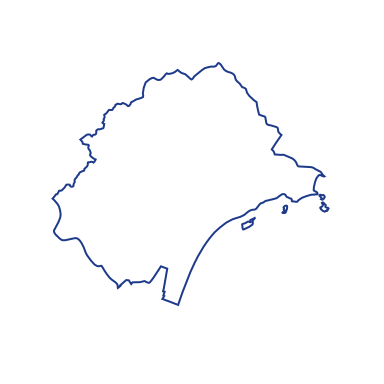 the district of Quang Trach, Quảng Bình, Vietnam, rotated 35°
{"feature_id": "81297802B61927033163821", "entity_name": "Quang Trach", "entity_type": "district", "adm_level": 2, "iso_a3": "VNM", "parent_name": "Vietnam", "parent_adm1": "Quảng Bình", "projection": "robinson", "projection_center": [106.399, 17.873], "detail": "fine", "context": "isolated", "style": "outline", "palette": "blue", "viewbox_px": 384, "rotation_deg": 35, "n_neighbors": 0, "source": "geoboundaries", "source_scale": "gbopen_adm2", "svg_char_len": 5937}
<svg xmlns="http://www.w3.org/2000/svg" viewBox="0 0 384 384"><g transform="rotate(35 192 192)"><path d="M245.4,292.5L241.8,279.9L236.7,259.0L234.6,247.6L234.4,245.4L233.8,241.8L232.9,230.4L232.8,226.0L232.9,221.1L233.2,216.3L233.7,211.8L235.3,204.9L237.6,197.5L239.8,193.1L241.2,190.6L246.0,184.4L247.9,180.9L249.3,175.9L250.2,173.9L251.0,172.7L251.8,171.8L253.3,170.6L253.7,170.0L254.2,168.8L254.5,163.0L254.7,162.0L256.2,160.1L257.5,156.9L259.4,155.0L260.6,153.4L261.4,152.7L264.8,148.6L266.5,143.5L267.0,142.4L267.9,141.4L268.8,140.9L269.5,140.7L270.1,140.7L271.4,141.4L272.6,141.7L274.2,141.2L275.3,141.2L276.9,140.6L277.6,140.7L278.1,141.0L279.0,142.2L279.3,142.2L279.8,142.1L280.8,141.3L282.6,140.5L283.5,139.9L283.8,139.5L283.9,137.7L285.2,134.2L286.5,132.0L289.3,128.2L291.3,125.8L293.2,124.3L293.9,124.0L294.3,123.2L294.8,122.8L295.6,122.5L296.0,122.0L296.0,121.7L295.8,121.3L294.9,120.7L293.9,120.5L292.3,120.9L290.8,120.9L289.0,118.0L287.2,113.6L286.2,110.0L286.1,109.5L286.1,106.6L286.5,105.1L287.6,104.4L289.2,104.2L290.9,103.8L291.3,103.6L291.5,103.2L289.8,103.1L286.2,101.8L284.9,101.8L280.0,102.5L277.1,102.6L274.8,103.6L265.0,109.7L263.9,110.0L263.1,109.7L261.4,108.7L259.9,107.8L257.4,107.1L254.9,107.0L245.8,108.9L243.1,110.9L238.2,113.8L236.8,112.6L235.3,111.8L232.9,111.3L232.6,103.1L232.6,94.0L231.1,93.9L228.2,93.2L226.4,91.2L225.2,90.3L223.8,90.4L218.7,92.1L215.9,93.3L214.1,93.4L212.6,92.2L209.2,88.7L208.1,88.5L206.5,89.1L202.6,90.1L199.2,87.2L195.6,83.8L193.3,81.3L190.2,81.3L183.8,80.4L180.1,79.1L177.1,76.7L175.6,76.6L172.9,77.3L168.7,75.8L166.2,75.6L163.7,75.0L162.3,74.0L160.6,72.5L159.3,71.9L157.4,71.7L155.4,72.0L152.5,73.0L150.2,73.4L147.7,73.2L142.8,71.2L140.6,70.9L139.7,71.2L139.4,72.1L139.4,74.0L139.2,75.3L138.0,76.8L135.7,78.3L133.6,80.6L131.5,83.1L130.2,86.6L127.5,96.1L127.6,98.7L127.1,100.1L125.6,100.2L122.0,99.7L119.0,99.4L115.0,100.5L112.8,100.5L110.3,100.2L110.1,100.5L109.1,103.6L107.9,105.8L106.3,107.6L104.7,109.0L103.7,109.1L103.2,109.4L102.9,110.7L102.8,113.2L102.4,115.7L102.0,117.6L101.7,118.2L101.1,118.8L99.7,119.8L98.0,120.2L95.3,120.4L93.9,121.5L92.6,124.0L91.2,128.8L92.7,134.3L95.3,139.6L96.8,141.1L97.4,142.4L96.0,144.7L94.7,146.4L93.2,148.2L91.6,151.8L90.7,153.2L91.2,155.6L91.1,157.3L90.8,157.9L90.3,158.3L87.9,158.1L85.5,158.4L84.3,158.8L83.8,159.5L83.8,160.4L83.1,161.1L80.2,162.5L79.8,163.9L79.3,164.4L79.8,165.9L79.8,166.6L79.4,168.1L79.6,168.8L79.6,170.2L79.5,170.7L77.0,172.3L76.9,172.6L76.7,176.9L76.1,178.1L75.8,179.2L77.0,180.1L77.6,181.1L77.8,182.2L77.8,182.7L77.9,183.1L78.5,183.5L78.7,183.9L78.9,184.5L78.9,185.3L78.8,186.3L78.8,186.5L79.3,186.8L80.0,186.8L81.1,186.6L82.4,189.5L82.7,190.4L82.6,190.8L80.7,193.3L80.0,193.9L79.3,194.3L78.8,194.9L78.4,196.4L78.5,196.9L79.3,197.9L79.8,198.9L80.0,199.6L79.9,200.2L79.6,200.7L78.6,201.6L78.3,202.1L78.3,203.9L77.9,204.0L75.7,203.5L75.0,203.7L73.8,204.6L73.0,205.4L70.5,213.1L73.4,213.8L73.8,214.0L74.8,215.1L75.2,215.1L76.0,214.7L77.8,214.0L80.0,212.8L80.5,212.9L80.8,213.1L81.3,214.7L81.8,215.4L82.7,216.1L84.5,216.5L86.7,218.2L86.9,218.7L87.0,219.7L87.4,220.3L88.1,220.7L89.4,220.9L91.3,221.0L93.3,220.9L94.4,220.6L94.6,221.5L94.7,222.6L94.4,224.4L93.8,224.4L92.9,224.6L92.1,225.0L91.0,226.4L90.0,227.1L89.8,227.4L89.8,227.7L91.0,229.5L91.3,230.6L91.2,232.2L90.6,234.6L90.6,234.9L91.2,235.8L91.3,236.1L91.3,236.5L90.4,237.6L89.0,240.1L88.8,240.7L88.8,241.2L89.1,242.2L89.1,243.0L88.8,244.0L89.1,246.1L88.8,247.8L88.9,249.3L89.4,250.3L90.2,251.0L90.3,252.4L90.6,253.7L91.4,254.9L91.4,255.4L90.8,256.4L89.9,257.0L89.0,257.0L87.6,256.2L85.4,257.5L85.0,258.2L84.9,259.2L85.1,261.1L85.0,261.8L84.4,265.2L84.1,265.7L83.7,266.3L83.0,266.6L82.4,267.3L82.9,270.5L82.8,271.2L82.2,271.6L81.9,272.2L81.9,274.3L81.6,277.4L84.3,277.8L88.5,278.9L91.4,280.2L94.9,283.1L97.3,285.8L98.7,288.5L99.9,293.4L101.0,302.6L101.3,303.2L102.4,304.2L104.7,305.1L107.3,305.5L110.1,306.0L112.9,306.0L114.5,305.2L116.0,304.0L122.3,297.2L123.5,296.3L124.6,295.9L126.1,295.8L128.1,296.2L131.1,297.3L135.0,299.4L139.6,302.6L142.6,304.1L148.8,306.2L153.8,307.3L156.5,307.1L157.6,306.7L158.6,306.0L159.8,304.6L160.3,304.5L160.7,304.5L164.9,306.4L168.9,308.0L173.4,309.4L176.2,309.8L181.2,309.9L183.4,310.3L184.1,310.7L186.3,313.1L186.7,312.1L187.2,309.8L186.7,309.7L188.6,301.9L190.9,300.6L195.0,302.3L195.1,300.1L201.1,295.7L204.2,292.2L207.3,291.7L208.5,291.3L209.0,290.9L209.3,290.1L209.5,287.9L209.6,283.9L209.2,270.7L215.7,269.0L224.2,287.1L225.3,290.0L226.8,289.4L227.9,293.2L228.9,293.1L229.1,296.6L237.8,294.3L245.4,292.5ZM255.9,192.9L258.7,188.0L260.1,184.3L260.1,183.5L259.7,182.6L258.3,180.9L258.2,180.1L258.5,177.5L258.2,177.3L257.2,179.4L256.0,181.2L255.9,181.6L256.2,182.0L257.3,183.0L257.1,183.3L256.7,183.5L255.9,183.5L255.2,183.9L254.6,184.5L253.5,187.0L251.7,189.3L251.7,189.8L251.9,190.1L254.7,193.1L255.4,193.3L255.9,192.9ZM310.0,127.7L309.5,127.3L309.2,126.9L309.2,126.4L309.0,126.0L308.9,125.9L307.3,125.8L306.6,125.5L305.4,125.4L305.0,125.6L304.8,125.8L304.7,126.5L306.6,127.3L306.8,127.8L306.9,128.7L306.8,129.6L306.0,131.0L306.1,131.3L306.5,131.7L307.2,131.7L307.5,131.8L307.7,132.2L310.1,132.4L310.9,132.2L311.6,132.1L312.1,131.9L312.2,131.7L312.1,131.3L312.2,131.1L313.2,130.2L312.9,130.0L312.8,129.6L313.1,129.2L313.5,128.8L313.3,127.2L312.6,127.0L312.1,127.1L311.4,127.6L310.0,127.7ZM279.3,154.5L280.0,153.6L279.8,153.4L279.3,153.3L279.8,152.6L279.7,151.8L278.3,149.3L278.1,149.1L277.6,148.9L277.1,149.0L276.8,149.3L276.1,150.1L275.7,151.7L276.0,152.3L276.7,152.5L276.9,152.7L277.0,153.5L278.0,154.3L278.5,154.9L278.5,155.4L277.9,156.4L278.0,157.1L278.4,157.1L279.5,156.5L280.2,155.7L280.5,155.0L280.3,154.6L279.3,154.5ZM303.7,122.2L303.8,121.0L303.6,120.0L303.2,119.6L302.4,119.2L301.2,119.2L300.2,120.2L298.9,120.5L298.6,120.7L298.3,121.4L298.3,121.6L298.6,121.9L300.7,122.5L301.5,122.5L301.9,122.9L301.9,123.8L302.4,123.6L303.0,123.7L303.4,123.3L303.7,122.2Z" fill="none" stroke="#1e3a8a" stroke-width="2"/></g></svg>